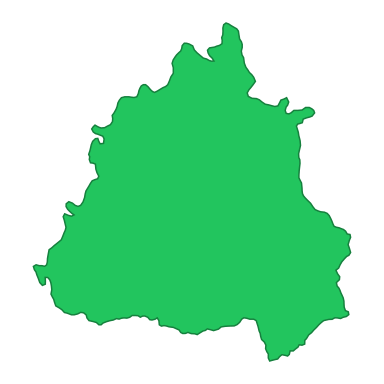 Martinho Campos, Minas Gerais, Brazil (Natural Earth projection)
{"feature_id": "56859067B12080288578715", "entity_name": "Martinho Campos", "entity_type": "district", "adm_level": 2, "iso_a3": "BRA", "parent_name": "Brazil", "parent_adm1": "Minas Gerais", "projection": "natural_earth1", "projection_center": [-45.194, -19.388], "detail": "fine", "context": "isolated", "style": "filled", "palette": "green", "viewbox_px": 384, "rotation_deg": 0, "n_neighbors": 0, "source": "geoboundaries", "source_scale": "gbopen_adm2", "svg_char_len": 4973}
<svg xmlns="http://www.w3.org/2000/svg" viewBox="0 0 384 384"><path d="M91.7,129.0L93.3,132.0L95.5,133.6L97.8,134.2L100.0,135.1L102.8,136.2L104.1,138.9L103.5,143.4L100.1,143.8L98.7,141.1L97.8,138.4L95.4,138.7L92.7,141.3L91.3,144.7L90.6,147.9L90.0,150.5L88.7,154.4L89.7,156.7L89.3,159.5L90.5,162.8L92.9,163.1L95.4,164.1L95.9,169.2L97.0,172.7L98.8,176.2L97.6,178.8L95.0,179.6L92.2,180.8L90.5,183.3L89.1,185.8L87.6,188.3L86.0,190.9L85.2,193.9L84.6,197.5L83.0,202.0L80.6,205.4L78.0,206.4L75.2,205.4L72.4,203.1L68.8,201.7L66.2,203.8L66.1,206.6L67.6,209.2L69.6,211.3L71.9,213.4L74.0,214.9L71.5,216.2L68.2,215.3L64.7,213.8L63.2,216.7L64.3,220.2L65.2,224.0L66.0,227.3L65.3,230.2L64.2,232.6L62.8,236.2L61.3,239.8L58.8,241.9L56.6,243.7L54.3,245.5L51.8,247.8L49.1,249.7L48.5,252.8L48.0,255.5L47.5,258.5L47.3,262.1L46.6,264.9L44.6,266.3L42.0,265.7L39.3,265.7L36.1,264.8L33.4,266.4L34.4,269.7L36.0,272.0L36.8,274.7L38.2,278.1L39.8,282.6L42.4,285.4L45.3,284.2L45.4,281.0L45.2,277.4L47.8,277.5L49.8,279.9L50.8,282.6L51.4,285.8L51.8,289.7L51.0,294.1L52.4,297.0L53.7,299.3L54.5,302.2L55.8,305.9L59.3,307.9L62.0,309.8L64.4,312.5L67.0,313.1L69.2,313.9L71.5,314.8L74.2,314.8L77.7,313.9L80.7,312.4L83.6,312.8L86.2,314.9L87.0,318.0L89.0,320.6L93.0,321.5L96.4,322.5L98.9,324.8L101.1,324.8L103.1,323.0L106.4,321.7L109.8,320.7L113.3,320.0L116.4,318.6L119.1,319.1L121.5,318.2L124.0,317.9L126.9,318.1L129.7,317.3L132.1,315.5L135.3,315.5L138.1,315.7L140.3,317.2L142.5,316.1L144.8,316.0L147.8,317.3L149.8,319.7L152.0,320.0L155.1,319.2L157.2,317.9L158.9,320.6L159.3,324.8L161.4,326.1L163.9,325.6L166.1,325.9L169.0,326.8L173.4,327.4L176.5,328.8L179.0,329.9L180.8,332.5L182.8,333.5L185.5,333.4L187.9,332.4L191.2,333.6L194.9,333.8L197.2,334.6L200.2,332.7L203.0,331.0L205.4,330.4L207.3,328.9L210.9,329.8L213.6,330.6L216.2,329.8L218.5,329.1L221.2,326.9L225.1,326.3L228.1,326.1L230.5,326.0L234.2,325.9L237.1,324.6L239.6,322.4L241.7,319.2L243.8,317.8L246.6,318.2L249.8,319.2L253.7,319.2L256.2,320.6L258.1,326.6L259.1,330.9L260.2,333.4L260.7,336.5L261.6,339.5L264.3,342.0L265.9,345.2L265.6,348.7L266.9,351.8L268.3,353.9L268.3,358.0L269.7,361.0L272.2,360.3L274.9,359.6L277.7,359.0L279.5,356.7L281.9,354.7L285.4,355.4L287.6,356.0L289.3,354.4L290.1,350.9L293.3,350.9L295.6,348.9L298.0,347.1L299.2,344.8L302.0,345.2L304.7,344.1L304.8,340.3L306.4,338.7L308.7,334.9L311.5,332.7L313.9,329.9L316.4,327.5L319.0,324.6L321.4,322.4L323.7,320.6L326.2,320.0L328.9,319.4L332.1,319.3L334.8,317.8L337.3,317.9L340.6,318.5L343.1,317.3L346.4,316.5L348.8,314.6L348.3,311.8L345.4,310.6L344.2,307.2L344.0,304.1L343.9,301.1L343.2,297.9L342.0,295.2L340.9,292.9L340.0,290.4L338.9,288.1L337.1,286.0L336.4,282.6L339.4,279.7L339.7,276.7L337.7,274.0L335.9,270.2L338.6,268.1L340.2,264.6L341.9,261.7L344.4,258.8L346.7,256.4L348.9,255.3L350.6,252.5L349.5,248.7L348.1,244.6L349.3,240.5L350.6,237.3L350.0,234.5L347.2,234.0L345.6,231.2L343.5,229.5L341.3,228.7L339.1,227.8L336.2,227.2L334.1,226.3L333.0,224.1L331.9,221.2L330.7,218.5L329.2,215.6L327.2,213.4L324.4,212.2L320.7,211.8L318.0,210.9L315.1,209.6L312.9,206.8L310.6,203.3L307.4,200.2L305.1,197.8L303.6,196.0L302.5,193.7L302.1,190.9L302.0,188.0L301.5,183.0L300.0,180.1L298.9,177.8L298.9,175.1L299.2,170.5L300.0,163.3L299.8,159.8L298.8,157.5L298.6,153.7L299.5,149.7L300.5,145.4L300.1,140.8L299.5,138.3L298.8,135.7L298.3,132.3L297.3,129.0L296.4,126.0L297.8,124.0L299.9,123.5L302.3,122.7L303.2,119.1L306.7,117.8L309.8,117.0L312.1,116.1L314.6,112.9L313.7,110.4L311.8,108.8L309.3,107.5L305.6,107.5L302.1,110.0L298.0,110.4L293.9,110.4L291.1,112.8L288.9,113.9L286.2,113.4L285.2,110.4L286.1,107.1L287.6,105.2L288.7,102.0L286.6,97.7L283.8,99.1L280.9,100.1L279.6,102.7L277.9,105.9L274.8,106.5L272.0,105.8L268.8,104.9L265.2,104.2L262.1,102.1L259.3,99.8L256.5,98.6L252.0,98.3L248.3,96.4L247.2,92.9L249.0,89.7L250.8,87.6L253.0,84.8L255.4,81.4L253.7,77.3L251.7,74.6L249.4,72.5L247.8,69.9L245.9,67.3L244.3,63.1L243.6,57.7L242.0,54.9L241.3,51.1L242.2,47.5L242.2,44.4L241.4,41.8L239.6,39.0L238.9,34.6L238.4,31.1L236.7,28.8L234.2,27.4L231.1,25.6L228.7,24.0L226.0,23.0L223.7,24.7L222.9,28.0L223.0,31.3L222.8,34.9L221.7,37.6L222.2,40.4L222.0,43.7L219.5,45.4L216.6,46.2L214.5,47.1L211.9,47.5L209.5,47.9L207.5,50.2L208.1,52.9L209.6,55.7L212.3,58.3L213.9,61.0L211.5,61.2L209.2,60.5L206.6,59.0L203.3,58.1L200.2,55.5L197.1,52.9L194.3,49.9L192.7,45.9L189.1,44.0L186.7,43.3L184.3,43.2L182.2,45.6L181.7,48.6L180.7,51.0L178.7,52.8L176.6,54.9L175.2,56.8L173.2,59.9L172.1,63.4L173.3,67.7L173.3,73.3L170.9,76.9L169.4,81.0L167.7,84.8L165.5,86.6L163.1,87.6L160.4,89.2L157.3,91.1L154.6,92.4L152.6,91.6L150.6,89.8L148.0,86.7L145.6,84.7L143.3,84.7L141.3,85.9L139.9,88.3L138.9,90.8L138.3,93.6L136.8,96.8L134.0,97.5L131.3,97.2L128.8,96.8L124.8,96.8L121.4,97.7L119.3,100.3L117.9,103.0L117.2,106.3L116.2,109.0L115.0,111.2L113.8,113.3L112.2,115.4L112.7,118.5L112.5,121.6L110.4,124.7L107.3,126.2L104.6,127.7L101.1,128.0L99.0,127.3L97.0,126.3L95.0,125.1L93.3,126.7L91.7,129.0Z" fill="#22c55e" stroke="#15803d" stroke-width="1.5"/></svg>